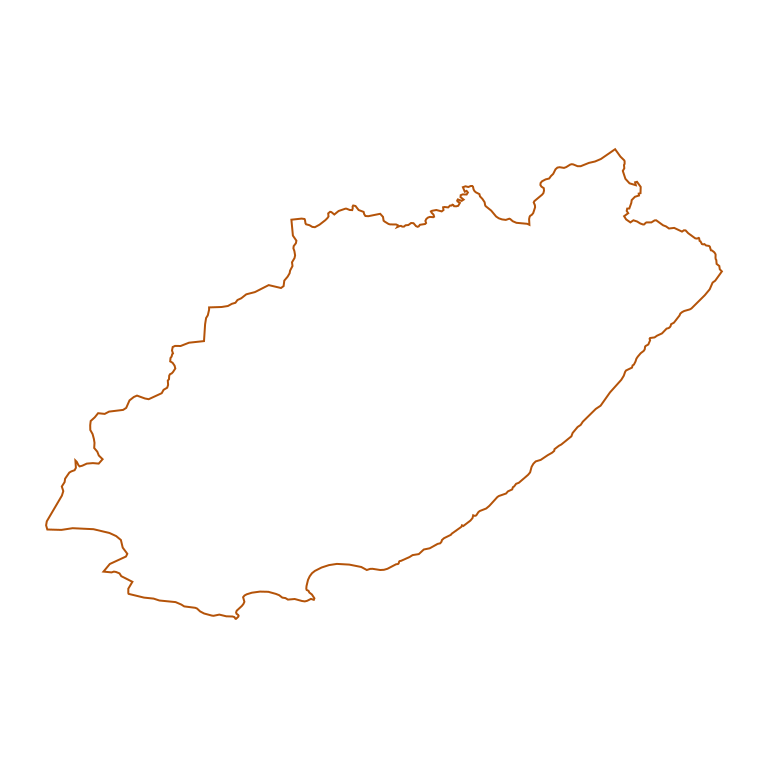 map outline of Eastern Cape (Natural Earth projection)
{"feature_id": "ZAF-1926", "entity_name": "Eastern Cape", "entity_type": "Province", "adm_level": 1, "iso_a3": "ZAF", "parent_name": "South Africa", "parent_adm1": "", "projection": "natural_earth1", "projection_center": [27.087, -32.092], "detail": "fine", "context": "isolated", "style": "outline", "palette": "amber", "viewbox_px": 768, "rotation_deg": 0, "n_neighbors": 0, "source": "natural_earth", "source_scale": "10m", "svg_char_len": 6093}
<svg xmlns="http://www.w3.org/2000/svg" viewBox="0 0 768 768"><path d="M580.7,166.2L588.9,162.9L595.0,161.5L600.9,159.0L615.1,149.2L620.4,156.6L624.2,160.3L624.6,161.2L624.6,163.9L624.0,165.0L624.3,168.3L622.8,170.9L625.4,178.8L629.5,183.3L635.8,185.2L635.1,182.3L637.0,181.8L640.7,186.9L640.5,193.2L638.7,193.6L639.0,195.5L634.9,196.8L631.7,200.1L631.3,202.9L629.3,208.5L627.2,208.6L626.7,210.9L628.2,213.2L624.1,216.2L626.1,219.4L630.4,222.4L633.4,220.3L637.1,221.5L640.3,223.5L643.1,224.5L644.2,224.4L645.7,222.8L646.6,222.4L651.4,222.4L654.6,220.4L656.2,220.3L663.1,225.3L666.0,226.4L669.0,228.5L674.2,227.9L682.0,231.6L683.9,230.3L685.6,230.4L688.2,233.2L695.2,238.3L697.0,238.6L698.7,237.9L699.1,238.2L699.6,240.9L700.5,241.4L701.9,244.0L703.1,244.4L704.4,244.1L706.1,245.5L708.9,245.9L709.8,246.6L710.9,250.3L712.0,250.5L714.2,252.2L715.2,253.6L715.6,254.6L715.5,257.8L715.7,259.1L716.3,260.1L716.6,263.9L719.3,266.0L719.8,269.3L721.9,271.4L715.2,280.7L712.6,282.6L709.7,289.3L704.8,295.2L691.4,308.5L689.8,309.4L684.2,311.0L682.1,312.1L680.3,313.6L679.5,315.5L673.9,322.7L671.1,324.2L670.5,326.3L669.8,327.2L668.6,328.1L666.6,328.6L662.0,333.4L657.0,335.7L654.6,337.4L650.1,338.0L649.6,338.8L650.1,340.3L648.3,344.5L645.6,346.0L645.1,346.7L644.7,349.4L643.7,350.9L640.7,353.2L637.8,356.6L636.4,358.7L635.5,361.5L633.9,364.6L632.6,365.4L632.0,367.6L626.0,370.5L625.1,371.9L623.8,375.7L621.3,379.8L610.0,392.4L600.6,405.7L595.8,408.9L582.8,421.7L580.7,424.9L577.6,427.0L572.6,433.0L571.4,436.3L561.3,444.5L558.9,445.8L554.5,449.2L554.2,450.9L552.1,452.7L547.7,455.2L540.7,459.9L535.7,461.4L533.4,463.7L531.6,466.8L530.1,472.4L528.1,474.8L518.8,482.8L516.1,483.8L514.1,486.5L512.9,487.2L512.2,489.4L507.9,491.4L506.1,493.5L498.9,496.0L497.4,497.0L489.3,505.9L486.2,508.5L479.8,511.0L478.4,512.1L476.3,515.3L475.6,515.7L474.2,515.8L473.2,515.3L472.5,518.1L470.4,520.6L463.3,526.0L462.0,525.3L461.4,526.8L451.7,533.7L450.9,534.8L444.0,538.2L441.9,540.1L441.5,541.7L440.2,543.3L437.6,543.9L429.7,548.3L423.8,549.5L418.8,554.1L412.6,555.1L409.6,557.0L400.9,560.9L399.9,561.0L399.2,561.5L398.6,563.5L398.0,564.0L396.0,564.3L387.4,568.8L383.9,569.8L380.2,570.0L372.5,568.8L370.1,568.9L366.8,570.0L361.3,567.0L349.3,564.6L336.9,563.9L329.0,565.1L321.6,567.5L314.9,570.9L312.0,573.2L309.7,576.3L308.0,579.9L306.5,586.1L306.3,588.8L306.7,590.0L308.5,590.8L309.3,592.5L311.9,594.5L314.4,598.3L313.8,599.8L310.9,598.9L307.2,600.8L304.8,601.4L302.0,601.0L294.7,599.0L287.9,599.6L285.5,598.1L282.3,597.6L279.2,595.2L275.9,593.9L268.3,591.8L260.0,591.6L251.9,592.7L246.7,594.3L244.5,595.5L243.1,597.2L244.4,601.8L243.4,604.0L241.9,605.9L236.7,610.7L236.1,612.4L236.5,613.7L238.2,615.0L238.6,615.8L238.3,616.7L236.1,618.8L235.5,618.8L234.4,617.1L232.5,616.5L226.3,616.3L219.3,614.6L213.6,615.8L211.9,615.6L204.1,613.5L200.1,611.4L197.0,608.5L195.2,607.8L184.2,606.4L181.4,604.6L175.6,602.1L159.4,600.5L153.6,598.6L144.0,597.6L127.9,593.7L128.3,593.8L128.3,588.7L132.4,581.8L121.3,576.2L119.5,573.4L116.1,572.0L113.9,571.6L111.6,572.4L103.5,571.6L109.8,564.0L126.0,556.5L127.3,553.8L122.7,547.6L120.9,540.0L116.2,536.1L109.5,533.0L93.5,529.2L72.6,528.2L61.4,529.9L47.3,529.5L46.1,525.3L46.8,521.3L61.9,495.6L63.3,491.1L61.8,486.5L64.6,482.1L65.1,478.7L69.3,472.6L71.3,471.4L74.6,470.2L75.9,467.8L75.4,460.5L76.8,461.9L78.4,465.1L79.6,466.4L82.3,465.7L86.8,463.6L92.9,463.1L98.7,463.6L102.6,459.2L98.8,455.5L97.3,451.7L94.2,448.0L94.5,442.8L93.9,439.0L92.6,434.1L90.3,430.0L90.2,425.2L90.7,421.0L94.7,417.4L98.1,413.2L104.7,413.9L109.1,411.6L123.1,409.9L126.2,407.9L129.5,400.4L133.8,397.0L137.0,395.6L145.0,398.5L148.7,399.2L161.7,393.2L163.6,389.8L167.2,387.7L168.1,384.9L167.8,380.6L169.0,379.2L169.2,375.7L170.0,374.2L171.7,373.4L173.0,372.0L175.3,368.5L174.6,365.7L172.6,362.8L170.2,361.4L170.5,358.0L171.6,356.6L172.2,354.2L173.0,353.5L172.0,350.5L172.7,347.0L175.1,345.9L180.6,346.0L189.0,342.7L204.0,341.1L205.1,324.2L206.1,318.0L207.8,315.3L209.1,309.7L209.1,307.4L221.6,307.0L227.9,306.0L231.9,303.8L235.4,302.8L237.5,300.0L241.2,298.3L246.3,294.3L254.9,292.1L268.7,285.1L281.0,288.0L283.6,286.1L284.3,280.6L287.6,276.7L289.6,273.3L290.1,270.6L292.5,266.0L292.0,262.3L294.5,258.1L295.1,255.4L294.4,251.1L293.4,248.3L293.7,246.1L295.9,243.2L296.4,240.7L292.9,235.6L291.4,219.7L301.6,218.6L304.5,219.0L305.0,220.1L305.5,223.4L306.1,224.3L309.5,225.2L312.3,226.9L314.9,227.2L319.5,224.7L325.3,220.2L327.4,218.1L328.5,216.5L328.2,213.4L330.1,211.8L331.4,212.1L334.3,214.5L338.6,211.0L345.3,208.7L346.5,208.7L349.8,210.0L352.2,210.1L352.7,208.4L352.6,206.5L353.2,205.5L355.5,206.0L358.6,210.0L363.6,211.9L364.2,214.2L365.4,216.0L368.3,216.2L380.2,213.8L383.0,216.9L383.6,220.7L384.7,221.6L388.6,224.0L390.1,224.4L396.2,224.5L397.9,225.3L397.9,226.0L397.2,227.1L399.8,226.0L401.0,225.9L402.2,226.6L404.0,226.6L405.5,225.3L408.4,225.0L411.1,223.0L413.5,223.2L416.0,226.1L417.6,226.8L418.7,226.4L419.9,224.8L425.1,224.0L426.1,223.0L425.4,220.9L426.3,219.0L427.9,217.6L429.8,216.9L433.3,217.2L434.1,216.7L433.5,214.6L431.6,212.7L430.9,211.4L432.0,210.8L436.3,210.0L441.7,211.4L443.5,210.0L443.1,207.3L444.5,207.0L448.2,207.4L450.1,205.5L451.7,205.5L452.4,204.7L453.3,205.0L454.1,206.2L456.3,206.3L458.2,205.8L459.9,202.9L457.5,201.4L457.2,200.5L457.9,199.4L461.6,200.9L463.6,199.6L460.5,197.1L460.7,195.2L462.6,194.4L466.6,194.5L467.9,192.5L466.6,190.9L464.8,191.7L462.9,187.2L465.5,186.3L468.3,187.0L470.8,186.0L472.3,186.0L473.0,186.8L473.6,189.5L474.6,191.2L476.0,192.4L479.4,194.1L480.0,196.4L482.4,198.9L484.6,202.2L485.1,205.1L485.6,206.1L491.2,210.6L496.1,216.5L498.8,218.3L502.0,219.4L505.8,219.9L509.3,218.7L510.3,219.1L512.7,221.2L516.4,222.8L527.2,223.8L529.4,224.8L529.1,219.1L529.6,216.8L530.2,215.8L531.8,214.8L533.2,213.1L535.1,207.2L534.9,205.2L533.7,202.4L534.4,201.1L542.2,194.6L543.4,193.1L544.0,190.7L543.8,188.2L541.4,186.6L540.4,185.0L540.6,183.0L542.0,181.3L545.6,179.4L549.2,178.5L550.9,176.1L553.2,173.9L555.5,169.3L557.4,167.6L559.6,167.2L564.0,167.9L566.2,167.1L570.2,164.6L571.7,164.2L573.2,164.4L577.6,166.2L580.7,166.2Z" fill="none" stroke="#b45309" stroke-width="2"/></svg>